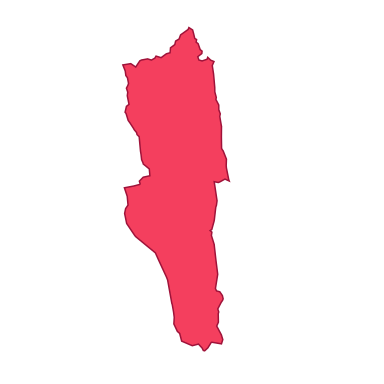 Las Piedras, Puerto Rico, rotated 148°
{"feature_id": "32010507B95664633284712", "entity_name": "Las Piedras", "entity_type": "district", "adm_level": 2, "iso_a3": "PRI", "parent_name": "Puerto Rico", "parent_adm1": "", "projection": "natural_earth1", "projection_center": [-65.874, 18.197], "detail": "fine", "context": "isolated", "style": "filled", "palette": "rose", "viewbox_px": 384, "rotation_deg": 148, "n_neighbors": 0, "source": "geoboundaries", "source_scale": "gbopen_adm2", "svg_char_len": 1931}
<svg xmlns="http://www.w3.org/2000/svg" viewBox="0 0 384 384"><g transform="rotate(148 192 192)"><path d="M104.2,291.0L106.3,293.9L107.3,297.9L108.9,296.6L114.0,297.8L116.2,300.3L115.4,303.7L110.3,304.2L108.8,306.1L109.6,308.4L108.2,314.6L109.1,316.8L107.3,318.9L108.3,320.7L106.7,325.5L105.6,329.1L107.5,333.1L109.1,331.9L118.4,331.3L121.9,328.6L125.9,328.7L128.5,326.1L133.8,325.7L136.8,321.7L140.5,322.8L147.0,322.3L150.5,326.3L152.6,325.2L156.5,325.4L159.1,328.4L164.9,330.7L166.7,330.9L173.5,327.8L175.9,333.3L183.3,336.4L184.5,330.0L186.4,325.8L186.2,323.1L188.3,317.7L189.9,316.4L192.6,314.8L193.6,310.7L195.9,307.9L199.0,299.7L202.2,299.4L206.5,295.1L206.3,293.6L208.2,286.5L208.0,283.3L207.9,276.9L208.0,275.4L207.5,271.8L208.2,269.8L207.5,266.9L214.0,254.0L215.3,250.9L217.6,246.1L218.1,242.7L218.5,241.6L216.0,234.2L219.1,228.1L225.5,230.4L230.9,229.1L231.6,226.5L232.3,226.1L238.4,228.0L247.1,231.4L249.2,222.7L253.2,214.8L257.1,213.1L260.5,209.5L261.0,208.2L264.1,199.9L263.6,185.2L263.3,183.6L255.3,159.8L256.4,151.8L258.7,133.5L259.3,130.3L268.1,108.3L268.4,107.0L271.2,100.1L273.5,95.1L277.3,89.7L278.3,81.4L277.4,78.6L279.8,71.0L273.2,61.5L267.1,59.6L266.1,54.3L266.4,51.6L265.4,50.6L261.2,51.4L255.5,54.2L254.8,54.1L247.5,47.6L244.1,50.5L242.8,55.3L242.1,65.2L238.6,67.6L234.3,74.8L232.9,76.1L232.1,79.2L225.8,82.9L223.5,83.9L222.2,84.9L221.1,88.1L221.3,92.7L223.6,95.1L223.3,97.7L213.8,108.6L207.7,121.8L202.0,133.7L201.0,135.7L198.6,144.8L196.4,147.4L197.1,149.7L195.1,149.7L188.8,155.5L187.7,156.7L179.9,166.5L178.3,167.8L175.4,171.3L167.7,189.0L164.7,186.1L162.8,185.8L157.2,185.5L154.6,181.6L154.3,183.0L150.1,194.1L149.1,196.1L145.4,201.6L143.8,210.3L143.9,211.8L143.8,213.3L137.9,223.1L132.1,232.2L132.1,232.4L128.4,241.4L126.6,243.3L125.7,247.5L123.2,251.6L122.7,257.8L121.3,259.3L119.6,264.8L117.3,268.6L111.2,280.6L107.8,288.5L104.2,291.0Z" fill="#f43f5e" stroke="#9f1239" stroke-width="1.5"/></g></svg>